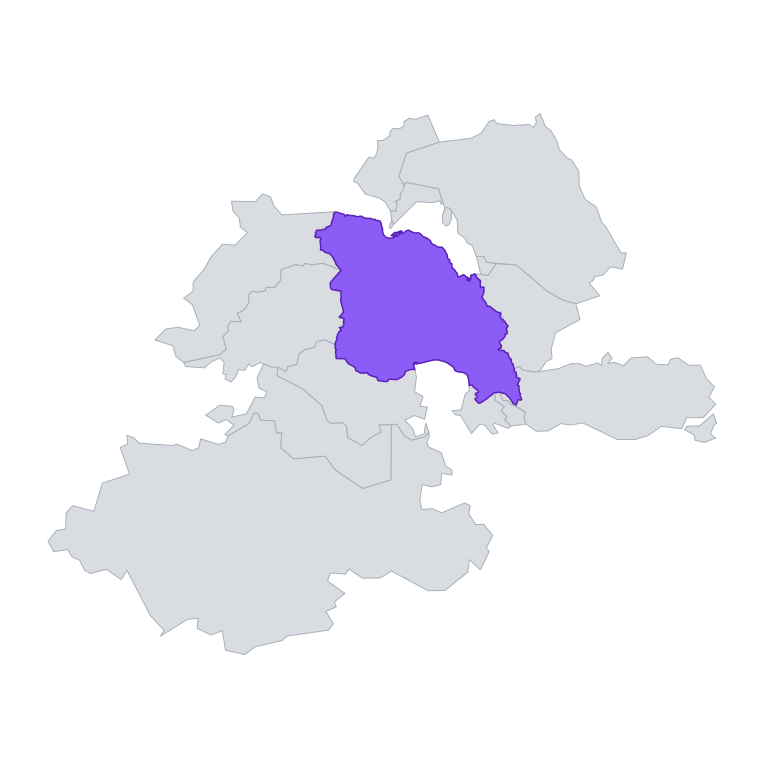 Iran and the surrounding countries, rotated 181°
{"feature_id": "IRN", "entity_name": "Iran", "entity_type": "country or territory", "adm_level": 0, "iso_a3": "IRN", "parent_name": "Asia", "parent_adm1": "", "projection": "mercator", "projection_center": [53.162, 32.435], "detail": "fine", "context": "with_neighbors", "style": "filled", "palette": "violet", "viewbox_px": 768, "rotation_deg": 181, "n_neighbors": 14, "source": "natural_earth", "source_scale": "50m", "svg_char_len": 13968}
<svg xmlns="http://www.w3.org/2000/svg" viewBox="0 0 768 768"><g transform="rotate(181 384 384)"><path d="M717.2,220.9L708.9,231.9L699.9,233.4L699.4,249.7L693.3,256.9L671.8,251.7L663.9,279.9L636.8,289.5L646.6,315.8L639.2,319.7L640.0,328.1L633.3,325.9L627.9,320.6L593.7,318.7L589.8,320.3L574.3,314.0L568.1,317.1L566.4,325.9L548.5,320.8L541.4,322.9L539.0,329.3L518.4,342.2L513.6,352.5L509.6,352.6L506.6,345.8L492.8,345.3L490.6,333.4L485.3,333.3L486.1,318.5L473.1,307.6L441.7,310.9L431.3,297.3L403.5,279.2L375.5,288.3L376.0,343.3L370.4,344.0L362.8,332.6L355.4,328.5L343.1,331.5L338.3,336.4L337.7,332.8L340.3,326.7L338.3,321.6L325.7,316.5L320.8,303.0L314.8,299.2L314.4,294.2L325.0,295.7L325.4,284.5L334.6,281.9L344.1,284.3L346.1,269.1L344.2,259.3L333.3,260.1L324.0,256.2L301.3,266.5L295.8,263.9L296.9,255.7L290.0,245.0L281.9,245.5L272.7,234.4L278.9,221.9L275.8,218.5L284.4,200.0L295.6,209.8L297.0,197.4L319.4,178.6L336.4,178.1L373.2,197.1L384.8,189.9L402.0,189.5L415.9,198.4L419.1,193.3L434.3,194.1L437.0,185.9L419.4,173.9L429.9,165.2L427.8,160.3L438.3,155.7L430.4,143.2L435.4,136.9L476.1,130.4L481.4,125.8L508.6,118.9L518.4,111.0L537.9,115.1L541.3,134.6L552.7,130.0L566.6,136.4L565.7,146.4L576.2,145.4L603.4,127.9L599.4,133.7L613.3,148.0L637.6,193.0L643.4,183.9L658.4,193.9L674.0,189.4L680.0,192.5L685.2,202.4L692.8,205.7L697.4,212.9L711.4,210.6L717.2,220.9Z" fill="#d9dde1" stroke="#a8b0b8" stroke-width="1"/><path d="M376.0,343.3L375.5,288.3L403.5,279.2L431.3,297.3L441.7,310.9L473.1,307.6L486.1,318.5L485.3,333.3L490.6,333.4L492.8,345.3L506.6,345.8L509.6,352.6L513.6,352.5L518.4,342.2L539.0,329.3L542.2,330.8L533.1,340.2L541.1,345.7L548.8,342.1L561.7,349.7L547.8,360.0L535.0,358.9L533.5,355.0L535.7,348.3L521.2,351.7L512.6,368.6L503.5,368.0L500.7,374.2L508.7,377.5L511.0,387.8L504.9,401.7L490.6,398.8L490.9,390.4L465.1,377.6L445.6,361.3L440.2,346.5L436.6,343.9L424.8,344.6L420.7,341.6L419.5,330.0L404.9,322.2L395.7,330.7L386.4,335.8L388.2,343.1L376.0,343.3Z" fill="#d9dde1" stroke="#a8b0b8" stroke-width="1"/><path d="M328.2,565.4L330.2,564.8L330.6,568.1L339.1,566.2L354.6,566.9L377.1,543.7L379.1,547.8L380.6,557.3L375.1,557.3L374.2,565.1L376.1,566.8L371.2,569.1L371.1,574.0L365.5,586.1L332.8,580.2L328.2,565.4Z" fill="#d9dde1" stroke="#a8b0b8" stroke-width="1"/><path d="M319.9,559.3L319.2,550.6L322.1,544.3L325.1,543.0L328.3,546.7L328.5,553.8L326.2,560.8L323.2,561.7L319.9,559.3Z" fill="#d9dde1" stroke="#a8b0b8" stroke-width="1"/><path d="M289.1,495.4L293.9,513.1L286.2,513.4L283.5,507.5L273.8,506.3L281.8,494.3L289.1,495.4Z" fill="#d9dde1" stroke="#a8b0b8" stroke-width="1"/><path d="M193.6,467.6L189.2,451.9L213.3,438.3L217.4,422.2L216.4,412.4L222.3,409.1L227.9,400.6L232.6,398.5L245.2,400.2L249.0,403.7L254.2,401.4L261.3,417.5L268.4,421.6L269.2,429.4L263.8,433.9L261.2,444.2L268.8,456.6L282.1,463.7L287.7,473.4L285.9,482.7L289.4,482.7L289.5,489.4L295.5,496.0L281.8,494.3L273.8,506.3L253.6,505.3L222.9,480.0L206.7,471.1L193.6,467.6Z" fill="#d9dde1" stroke="#a8b0b8" stroke-width="1"/><path d="M367.7,583.6L368.0,578.9L371.1,574.0L371.2,569.1L376.1,566.8L374.2,565.1L375.1,557.3L380.6,557.3L385.5,565.5L391.6,569.8L406.0,573.5L413.8,584.2L417.7,585.7L417.7,588.3L403.3,610.3L398.4,609.7L396.2,612.4L394.4,618.3L394.7,627.4L389.7,627.4L382.9,631.7L381.9,637.2L379.4,639.7L372.6,639.6L368.4,642.4L368.4,647.0L363.2,650.2L357.2,649.1L344.9,653.6L332.8,626.8L365.4,615.2L372.7,592.0L367.7,583.6ZM379.1,547.8L377.1,543.7L380.2,539.5L381.6,540.6L379.1,547.8Z" fill="#d9dde1" stroke="#a8b0b8" stroke-width="1"/><path d="M613.7,424.0L603.2,435.2L591.1,437.1L574.6,433.9L569.3,439.6L576.9,459.9L585.7,466.2L576.4,473.6L576.6,482.7L566.0,495.4L559.2,508.0L547.8,521.0L535.2,520.1L523.2,532.9L530.3,538.4L531.6,547.7L537.7,553.8L539.8,564.1L515.9,564.1L508.7,572.0L500.7,569.0L497.5,560.4L489.1,551.3L436.1,555.4L440.2,541.4L455.8,535.2L454.9,529.5L449.7,527.6L449.4,516.7L439.0,511.3L429.3,497.2L447.5,503.6L458.4,501.7L464.9,503.3L467.1,500.6L474.6,501.7L488.8,496.5L489.2,485.8L495.2,478.6L503.3,478.6L504.5,475.0L512.8,473.4L516.8,474.6L521.1,471.0L520.5,463.3L525.1,455.5L532.0,452.2L527.7,443.5L538.1,443.9L541.1,439.2L540.6,434.1L546.0,428.6L542.2,416.2L548.6,410.4L584.6,401.9L592.6,408.2L595.8,418.6L613.7,424.0Z" fill="#d9dde1" stroke="#a8b0b8" stroke-width="1"/><path d="M490.6,398.8L496.7,398.9L508.2,403.4L516.1,399.0L519.8,401.7L523.3,395.4L529.8,395.7L532.6,388.1L537.3,383.3L543.1,386.4L542.0,390.7L545.3,391.3L544.2,402.8L548.5,407.3L557.2,403.1L563.9,397.0L582.6,398.0L584.6,401.9L548.6,410.4L542.2,416.2L546.0,428.6L540.6,434.1L541.1,439.2L538.1,443.9L527.7,443.5L532.0,452.2L525.1,455.5L520.5,463.3L521.1,471.0L516.8,474.6L512.8,473.4L504.5,475.0L503.3,478.6L495.2,478.6L489.2,485.8L488.8,496.5L474.6,501.7L467.1,500.6L464.9,503.3L458.4,501.7L447.5,503.6L429.3,497.2L439.1,485.8L438.3,477.6L430.0,475.5L425.6,457.1L430.3,449.9L425.5,448.0L432.9,421.9L444.0,427.0L452.2,425.2L454.5,419.2L463.1,417.1L469.2,413.0L471.4,402.2L480.5,399.6L482.2,394.7L490.6,398.8Z" fill="#d9dde1" stroke="#a8b0b8" stroke-width="1"/><path d="M338.3,336.4L343.1,331.5L355.4,328.5L362.8,332.6L370.4,344.0L388.2,343.1L386.4,335.8L395.7,330.7L404.9,322.2L419.5,330.0L420.7,341.6L424.8,344.6L436.6,343.9L440.2,346.5L445.6,361.3L465.1,377.6L490.9,390.4L490.6,398.8L482.2,394.7L480.5,399.6L471.4,402.2L469.2,413.0L463.1,417.1L454.5,419.2L452.2,425.2L444.0,427.0L432.9,421.9L432.0,410.6L423.9,410.1L411.5,398.1L402.8,396.6L390.8,389.6L383.0,388.3L378.3,390.9L371.0,390.5L363.3,398.4L353.7,401.0L351.7,391.3L353.3,376.8L344.8,372.1L347.6,362.4L340.4,361.6L342.8,349.5L353.0,353.0L362.6,348.4L354.6,339.8L351.5,331.4L342.8,335.2L341.7,345.8L338.3,336.4Z" fill="#d9dde1" stroke="#a8b0b8" stroke-width="1"/><path d="M273.1,379.3L269.2,379.7L264.8,369.5L260.0,369.5L256.7,365.7L242.1,358.4L243.2,351.5L241.3,346.4L256.4,344.2L262.8,350.4L260.6,354.0L266.4,358.9L263.4,363.5L272.8,369.6L273.1,379.3Z" fill="#d9dde1" stroke="#a8b0b8" stroke-width="1"/><path d="M254.2,401.4L249.0,403.7L245.2,400.2L232.6,398.5L209.7,402.5L197.2,407.6L188.2,407.6L182.4,405.1L170.5,408.8L166.9,406.2L166.3,413.7L160.5,419.6L156.5,413.5L160.6,408.5L154.0,409.6L144.9,406.5L137.4,414.3L120.9,415.8L112.1,408.5L100.4,408.1L97.9,413.7L90.4,415.3L79.9,408.1L68.0,408.4L61.6,394.8L53.6,387.1L58.9,376.3L52.0,369.6L64.1,356.1L80.8,355.5L85.4,344.6L106.1,346.5L119.2,337.1L131.9,332.9L149.8,332.6L184.4,348.5L197.1,346.3L206.4,347.5L219.3,340.0L230.8,339.3L241.3,346.4L243.2,351.5L242.1,358.4L254.5,366.1L247.0,370.1L250.4,386.1L248.3,390.4L254.2,401.4ZM51.4,335.8L62.5,331.2L71.9,333.1L73.2,338.7L82.7,343.4L80.7,346.9L67.8,347.7L54.1,359.9L50.8,350.3L53.4,348.7L56.7,339.6L51.4,335.8Z" fill="#d9dde1" stroke="#a8b0b8" stroke-width="1"/><path d="M269.2,337.3L275.0,335.7L282.5,344.6L287.3,345.6L295.7,336.0L306.9,353.9L312.0,354.5L315.3,358.4L306.4,359.5L302.6,375.4L298.6,378.7L298.9,385.6L296.2,386.3L289.4,379.0L293.2,372.1L290.0,367.9L285.9,369.0L273.1,379.3L272.8,369.6L263.4,363.5L266.4,358.9L260.6,354.0L262.8,350.4L256.4,344.2L259.1,341.8L273.0,346.8L274.5,345.1L269.2,337.3ZM269.2,379.7L261.7,377.9L256.2,371.4L254.5,366.1L256.7,365.7L260.0,369.5L264.8,369.5L269.2,379.7Z" fill="#d9dde1" stroke="#a8b0b8" stroke-width="1"/><path d="M147.5,503.1L159.6,505.1L166.9,496.8L175.2,495.0L177.0,490.8L180.6,488.7L169.8,476.0L193.6,467.6L206.7,471.1L222.9,480.0L253.6,505.3L283.5,507.5L286.2,513.4L293.9,513.1L298.1,523.8L303.5,526.6L305.3,530.9L312.7,536.0L313.7,549.1L319.9,559.3L323.2,561.7L326.2,560.8L332.8,580.2L365.5,586.1L367.7,583.6L372.7,592.0L365.4,615.2L332.8,626.8L301.5,631.2L291.3,636.3L283.5,648.3L278.5,650.2L275.7,646.4L259.1,644.7L243.6,646.0L239.1,643.0L236.2,648.6L237.4,653.4L232.6,657.0L227.1,644.2L221.4,640.1L215.6,630.5L212.6,621.2L205.1,613.2L200.2,611.3L193.0,600.2L192.2,585.1L186.0,572.0L175.0,564.9L169.0,549.1L165.8,546.4L149.4,519.2L144.0,519.2L147.5,503.1Z" fill="#d9dde1" stroke="#a8b0b8" stroke-width="1"/><path d="M353.6,399.0L356.6,399.2L357.8,398.9L360.9,397.7L361.5,397.6L362.2,397.3L362.7,396.9L363.8,393.8L364.3,393.1L366.2,391.4L369.6,389.3L371.7,388.6L374.6,388.7L376.8,388.9L378.8,389.0L379.3,388.9L379.5,388.7L379.8,387.4L380.3,386.9L381.1,386.6L383.6,386.5L384.7,386.6L386.2,387.1L389.3,387.0L390.0,387.5L390.5,388.2L390.8,388.8L390.8,390.2L391.0,390.4L391.8,390.7L392.8,391.0L394.9,391.3L397.8,392.4L399.2,393.0L400.9,394.6L402.2,395.0L402.8,395.0L404.0,394.3L405.1,394.8L406.9,394.4L408.2,394.8L411.5,396.6L411.9,396.6L412.2,396.7L412.7,397.6L412.9,399.2L413.9,400.3L415.0,401.3L419.2,403.2L420.5,404.2L423.5,408.6L432.0,408.6L432.5,409.5L432.4,411.4L432.6,413.3L433.0,414.7L433.0,415.9L432.6,416.5L432.3,417.6L432.9,418.0L433.4,419.0L433.5,420.4L433.2,421.2L433.2,421.8L433.5,422.3L433.7,423.2L433.7,423.8L433.3,424.3L432.8,425.8L432.7,426.4L431.7,427.0L431.8,427.8L432.3,429.3L431.4,431.6L431.5,432.5L430.2,434.4L430.1,435.2L428.5,436.5L427.8,436.6L427.7,437.0L427.8,437.3L428.1,437.5L429.5,439.6L426.8,439.8L425.1,442.5L425.5,445.9L425.1,447.6L425.3,448.5L426.0,449.2L426.9,449.5L428.5,449.6L429.6,449.8L429.8,450.3L427.6,452.6L425.9,455.0L425.9,456.1L426.0,456.9L428.8,466.5L428.8,467.6L428.4,469.9L428.3,471.3L428.5,473.1L428.4,474.1L428.7,476.2L429.1,476.3L437.8,477.6L438.9,478.8L439.5,481.5L439.5,483.6L439.2,484.6L428.9,496.9L434.1,502.9L434.3,503.4L434.3,504.3L436.2,507.5L436.8,509.2L437.4,510.2L440.3,513.2L441.9,513.9L442.9,514.0L445.4,514.8L446.2,515.5L447.7,517.0L449.3,516.8L449.7,516.8L449.8,516.9L449.8,517.4L449.6,519.9L450.0,522.4L450.4,526.1L449.8,527.8L449.7,528.9L449.8,529.1L450.3,529.4L451.5,529.5L454.2,529.1L455.2,529.7L455.7,530.3L455.7,530.7L455.0,531.2L454.9,532.2L455.1,533.7L455.0,533.8L454.4,534.2L454.2,536.3L454.1,536.5L453.4,536.7L450.1,536.5L449.7,536.6L448.4,537.1L446.3,537.5L445.7,537.8L444.9,538.4L444.3,539.2L444.2,539.9L444.1,540.0L442.9,539.9L442.5,540.5L439.8,541.6L439.5,542.3L438.9,546.2L437.9,547.1L437.8,547.3L438.0,548.1L437.6,549.4L437.3,552.9L437.0,554.0L436.4,554.0L436.0,554.5L435.1,555.2L431.8,554.2L427.0,553.0L426.5,552.4L426.2,551.4L425.3,551.1L424.1,552.6L420.1,551.8L418.7,552.0L417.8,551.6L415.6,551.5L413.9,550.6L411.4,551.2L409.4,551.4L406.7,549.7L403.8,549.3L401.5,549.4L400.2,549.3L398.3,548.7L397.4,548.1L395.8,548.5L395.1,547.7L390.8,546.9L389.4,543.9L389.4,542.4L388.3,539.8L388.0,536.1L387.6,534.6L387.0,533.3L386.2,532.3L385.1,531.1L384.2,530.6L380.2,529.7L379.4,529.9L377.6,530.4L375.7,531.7L372.5,532.5L371.9,533.0L371.1,534.3L370.0,535.0L368.6,534.8L367.1,535.5L364.3,537.6L362.8,538.2L361.6,538.2L360.2,537.2L357.2,535.9L355.3,535.5L352.6,535.8L351.4,535.5L349.2,534.0L348.6,532.9L347.4,532.1L343.5,530.5L340.3,528.2L339.8,527.4L339.4,526.2L338.0,524.7L334.9,523.4L333.1,522.1L331.1,521.8L329.2,521.8L328.3,521.6L327.6,521.0L325.0,518.3L324.9,517.2L323.3,514.6L323.0,513.6L322.6,511.0L322.2,510.3L320.5,509.2L320.2,508.5L320.6,507.5L320.6,506.8L319.7,506.1L318.4,505.7L318.1,504.9L318.3,503.3L318.1,502.3L317.0,500.7L315.3,499.1L313.6,496.7L312.9,496.1L311.9,492.6L310.9,492.4L306.2,494.7L304.9,493.4L300.8,491.2L300.2,490.4L300.7,490.1L301.2,490.0L302.3,490.4L302.9,489.9L302.6,489.1L301.6,488.7L300.2,488.7L300.6,489.4L299.3,490.1L299.0,491.0L299.3,493.6L298.8,494.3L298.4,494.6L296.6,494.7L295.8,495.4L295.3,495.6L294.1,494.6L293.7,493.7L293.5,493.1L293.7,492.7L293.5,492.2L292.9,491.5L292.4,491.1L291.8,491.0L291.3,490.6L290.9,489.8L290.1,489.3L289.5,489.2L289.4,482.6L285.8,482.4L285.8,477.4L287.5,472.3L284.9,468.6L284.0,467.8L282.5,464.3L282.0,463.9L281.6,463.6L279.8,463.7L273.8,459.0L271.7,457.7L270.8,457.5L268.8,457.4L268.6,457.1L268.5,456.5L268.5,455.7L269.1,454.6L269.2,453.8L267.8,451.4L267.4,450.7L266.2,450.4L266.4,449.7L266.4,449.3L266.3,448.9L266.0,448.7L265.7,448.7L264.7,449.0L261.9,444.8L261.2,444.4L261.0,444.2L262.5,441.8L262.6,441.0L262.4,440.0L261.5,438.3L262.1,436.8L262.2,436.1L263.7,436.2L263.9,435.7L263.9,433.9L264.1,433.3L266.7,430.2L269.0,428.9L269.3,428.0L268.9,426.8L268.8,426.3L267.7,424.9L267.3,424.2L267.3,423.6L267.5,422.5L268.0,421.6L269.6,421.1L270.4,420.7L270.6,420.3L269.4,419.6L267.0,419.5L265.2,419.6L264.6,419.4L263.7,418.2L262.8,417.5L262.0,417.1L261.2,417.2L260.7,417.0L259.3,412.4L259.0,411.9L257.9,411.7L257.3,410.9L257.1,410.1L257.1,408.4L256.9,407.8L256.5,407.3L255.4,406.4L254.5,402.8L254.2,401.9L254.1,400.8L254.5,400.0L254.5,399.8L253.6,398.8L252.1,397.8L252.1,396.1L251.8,394.7L252.3,394.0L252.0,393.5L250.2,392.4L249.5,391.8L248.3,391.7L248.1,391.3L248.3,390.5L248.8,389.5L249.4,388.5L249.6,388.0L250.0,386.5L250.7,385.6L250.7,385.4L250.5,385.1L249.3,384.8L249.1,384.7L249.0,384.2L249.1,382.3L248.6,380.3L248.8,378.4L248.4,378.0L247.7,377.0L247.4,376.2L247.7,375.3L247.8,374.1L246.7,373.1L246.5,371.8L246.1,370.8L246.3,370.6L247.2,370.4L249.5,370.6L250.1,370.2L250.8,366.8L251.5,365.8L252.2,365.3L254.4,367.0L254.7,367.0L256.7,370.2L257.5,371.0L257.9,371.8L258.3,372.6L258.8,373.1L259.5,373.4L260.4,374.2L261.9,376.0L263.0,376.5L269.4,378.0L271.0,377.3L273.6,377.5L276.9,374.0L278.3,373.6L279.2,372.6L280.5,371.3L282.1,370.2L286.9,367.0L288.2,366.5L289.3,366.5L292.4,369.8L292.8,370.5L292.1,371.1L290.8,371.7L290.6,372.2L290.5,372.7L290.5,373.3L290.7,373.7L292.3,374.7L292.5,375.3L292.5,375.9L292.3,376.2L292.0,376.4L289.9,377.0L289.3,377.7L289.3,378.2L289.6,378.7L291.6,380.0L292.2,381.1L292.7,381.5L293.5,381.6L293.9,381.9L295.8,384.3L296.2,384.5L298.8,384.0L299.1,388.0L299.4,389.8L299.8,391.5L301.1,394.6L302.1,395.5L304.3,396.6L305.3,396.9L308.1,397.2L310.9,397.6L312.5,398.2L313.0,398.5L313.4,399.1L314.7,401.7L316.9,403.5L321.2,406.3L323.2,407.2L330.2,409.0L334.9,408.9L347.8,405.5L352.0,404.7L353.6,404.7L352.7,405.3L351.1,405.7L352.0,406.2L354.2,406.2L354.7,405.8L354.8,405.1L353.6,399.0ZM378.3,533.2L377.3,534.6L375.8,535.8L375.1,535.5L374.6,535.5L373.6,535.9L372.8,536.0L371.3,536.9L370.0,537.3L368.8,537.2L368.6,536.6L368.7,536.4L369.2,536.5L371.2,535.7L373.7,534.5L374.0,533.9L373.6,533.0L373.7,532.8L375.3,533.3L377.1,532.4L378.6,532.2L379.3,532.8L378.3,533.2Z" fill="#8b5cf6" stroke="#5b21b6" stroke-width="1.5"/></g></svg>